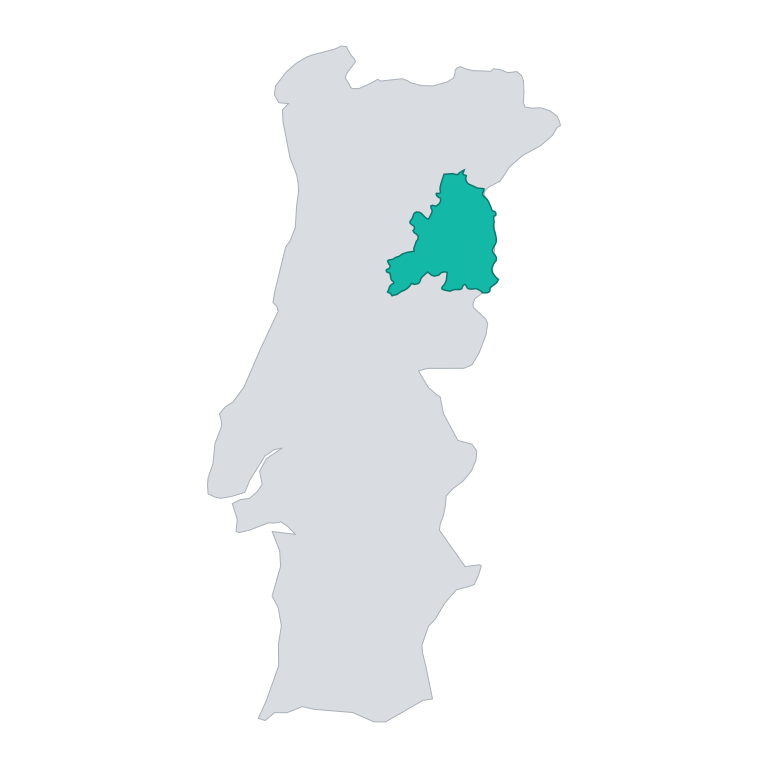 where Guarda sits in Portugal
{"feature_id": "PRT-753", "entity_name": "Guarda", "entity_type": "District", "adm_level": 1, "iso_a3": "PRT", "parent_name": "Portugal", "parent_adm1": "", "projection": "robinson", "projection_center": [-7.291, 40.712], "detail": "fine", "context": "in_parent", "style": "filled", "palette": "teal", "viewbox_px": 768, "rotation_deg": 0, "n_neighbors": 0, "source": "natural_earth", "source_scale": "10m", "svg_char_len": 5082}
<svg xmlns="http://www.w3.org/2000/svg" viewBox="0 0 768 768"><path d="M286.4,71.8L296.5,63.0L306.5,57.2L312.0,55.0L335.0,49.0L341.1,46.1L346.7,46.6L347.6,49.4L350.9,55.0L354.5,58.9L355.5,61.7L346.6,73.6L345.3,77.7L349.9,85.5L350.8,87.7L353.0,88.7L359.2,88.4L370.3,83.5L377.8,79.3L380.4,81.1L402.1,78.7L407.3,80.6L410.7,82.7L421.4,85.6L433.0,85.9L447.4,81.9L453.7,77.8L454.9,73.3L455.3,70.0L457.1,67.8L460.4,66.6L465.5,68.8L472.9,70.6L490.5,71.3L493.9,68.8L499.9,69.5L507.8,72.7L516.9,71.6L521.5,75.5L523.4,80.6L524.0,91.7L523.3,102.9L525.1,107.0L531.3,108.1L541.2,107.9L550.2,111.0L557.1,116.3L559.5,121.7L560.5,125.4L557.1,127.5L552.3,135.5L540.1,146.0L522.7,155.4L509.5,167.0L500.3,181.0L488.8,187.0L485.3,190.2L484.0,194.0L491.6,211.1L494.0,224.3L495.9,240.5L494.6,245.1L494.1,262.9L492.3,268.1L492.8,272.4L495.6,276.9L496.8,281.3L491.6,286.8L482.0,293.2L474.8,298.9L472.9,304.2L473.4,307.5L485.5,318.8L487.7,323.4L486.1,334.5L479.1,352.9L472.5,364.0L471.4,365.1L463.8,368.3L427.4,368.4L418.6,370.9L419.8,373.2L428.4,387.5L437.3,395.2L440.2,396.9L443.5,413.7L457.9,440.5L471.9,444.2L476.8,450.9L475.9,460.3L471.6,470.6L463.0,481.2L452.8,488.7L446.1,496.1L445.6,504.7L443.4,515.6L440.2,524.2L439.4,530.1L465.1,566.6L479.5,564.8L481.3,565.7L478.8,574.4L474.2,584.6L468.8,586.5L456.5,589.7L444.9,602.9L435.5,618.7L428.4,626.4L421.9,645.3L422.7,653.5L425.8,666.1L432.5,698.9L422.9,700.4L385.6,721.9L374.1,721.9L352.6,712.5L314.6,709.4L302.2,706.6L286.7,712.8L274.7,712.6L265.2,720.5L258.3,718.4L266.3,700.7L278.7,665.7L278.4,644.4L281.4,625.8L278.1,607.4L272.1,596.0L280.6,566.2L279.7,550.9L272.2,531.5L295.3,534.4L288.2,526.8L281.2,522.0L274.4,523.1L268.6,522.8L248.9,530.3L239.0,532.6L236.1,531.3L237.3,519.3L232.3,503.7L240.2,499.6L249.4,498.4L257.2,491.8L262.1,484.4L259.6,471.2L266.5,458.6L282.4,448.0L274.2,449.6L264.7,456.2L249.8,480.2L244.8,492.4L232.1,496.3L220.8,498.3L215.0,497.0L208.1,493.9L207.5,485.0L208.1,477.8L213.0,463.6L215.0,443.5L221.8,425.6L221.3,420.8L219.5,413.7L225.5,406.7L232.9,402.1L244.2,386.7L260.0,349.9L278.2,311.1L276.8,306.3L273.0,302.7L274.6,292.3L285.7,246.8L290.1,240.9L295.3,227.6L296.6,206.1L298.6,191.3L298.2,183.8L296.7,174.9L290.0,157.8L283.0,121.8L282.5,109.7L288.5,103.6L278.8,102.7L274.4,94.9L275.5,86.1L286.4,71.8Z" fill="#d9dde1" stroke="#a8b0b8" stroke-width="1"/><path d="M489.9,289.6L489.9,290.7L489.6,291.5L487.6,292.7L485.5,292.9L483.4,292.7L482.7,292.8L482.2,292.3L481.0,291.1L479.4,290.1L476.7,288.8L476.0,288.7L474.9,288.6L473.2,289.0L470.7,289.1L468.3,288.7L467.3,287.9L466.3,286.1L465.8,285.2L465.2,284.6L464.5,284.4L463.3,285.4L462.7,286.3L462.2,287.4L462.0,288.3L461.2,289.1L459.8,289.5L454.7,289.5L449.8,291.2L447.1,290.6L444.8,290.2L443.7,289.7L443.0,289.6L442.3,289.2L441.9,288.8L441.8,288.1L442.1,287.1L443.2,285.7L444.1,284.7L444.9,283.7L446.3,280.3L447.2,272.5L445.9,272.0L445.1,271.9L443.2,272.1L442.2,272.4L441.3,272.5L438.9,275.0L435.5,275.9L434.3,276.1L431.8,275.3L427.6,272.0L422.1,276.9L420.6,279.3L420.4,280.2L419.7,282.0L418.9,282.9L417.9,283.7L414.2,284.4L411.6,283.4L409.5,286.3L407.1,288.6L404.3,290.3L401.4,291.4L397.3,294.2L396.0,294.8L394.2,295.0L392.1,295.8L390.5,293.5L387.5,292.0L388.8,289.4L389.3,287.3L390.1,286.0L391.0,284.9L393.5,283.3L393.7,282.4L393.4,281.7L391.8,280.4L391.1,279.4L390.2,274.7L390.3,273.5L389.7,272.9L387.9,272.6L386.9,272.0L386.2,270.7L386.5,269.8L387.3,269.2L388.2,268.9L389.1,268.4L389.7,267.6L390.2,266.3L390.0,265.4L389.4,264.4L388.7,263.9L387.6,261.0L388.7,260.0L391.9,259.5L393.0,259.2L395.9,257.3L399.1,256.3L402.5,253.9L407.0,252.4L414.2,251.2L413.8,248.5L416.3,241.3L417.8,239.6L418.3,236.4L416.4,234.1L414.1,232.6L413.0,230.7L414.2,229.3L414.4,228.6L414.5,227.6L414.1,226.8L413.6,225.9L410.9,224.0L410.0,222.9L409.9,222.0L410.2,221.1L411.4,219.6L412.6,217.5L413.8,213.9L414.3,213.3L415.1,212.6L416.4,212.0L419.0,212.2L420.1,212.6L421.7,213.7L425.3,217.4L425.9,217.8L426.7,218.7L428.5,218.8L429.5,217.4L432.0,212.1L432.1,210.7L431.8,209.4L431.3,208.7L430.8,206.0L432.2,205.3L436.2,206.2L439.6,203.3L440.6,201.0L440.6,199.6L440.4,198.6L439.8,197.8L439.0,197.5L438.0,196.9L437.0,196.1L436.3,194.6L436.2,193.9L436.5,193.3L439.1,193.5L440.5,192.6L440.0,189.1L440.3,186.6L441.3,182.7L444.0,174.3L452.4,173.6L455.8,174.5L458.0,174.5L459.0,173.1L463.1,170.5L464.2,170.0L463.2,172.7L462.7,173.6L463.2,174.2L463.8,174.7L464.5,175.1L465.3,175.2L466.3,175.6L466.2,176.5L465.8,177.7L465.6,178.9L466.2,180.6L467.0,182.4L468.2,183.8L477.7,188.2L482.2,188.5L484.0,188.8L483.6,191.3L482.5,193.1L482.7,194.7L483.7,196.2L487.1,199.5L488.6,201.9L490.9,207.2L491.8,209.9L492.7,211.0L494.3,211.4L495.5,212.2L496.0,213.9L495.6,215.6L493.9,216.1L493.7,219.4L493.8,220.3L494.2,221.7L494.1,222.4L493.8,223.1L493.6,224.4L493.6,226.9L493.8,228.8L495.2,233.1L496.1,237.5L496.3,239.8L496.3,241.4L495.6,243.6L493.1,247.9L492.4,249.9L492.7,252.2L493.6,253.5L494.8,254.7L495.9,256.5L496.5,258.8L496.2,260.4L493.7,263.7L491.8,268.3L492.4,272.5L494.9,276.3L498.5,279.5L496.7,282.7L495.7,283.6L491.1,286.8L490.4,287.5L490.0,288.5L489.9,289.6Z" fill="#14b8a6" stroke="#0f766e" stroke-width="1.5"/></svg>